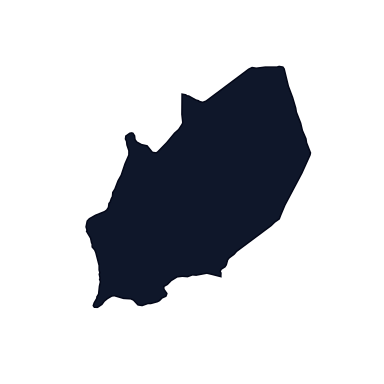 Sipacapa, San Marcos, Guatemala (Albers equal-area conic projection), rotated 325°
{"feature_id": "79465075B25557085984198", "entity_name": "Sipacapa", "entity_type": "district", "adm_level": 2, "iso_a3": "GTM", "parent_name": "Guatemala", "parent_adm1": "San Marcos", "projection": "albers", "projection_center": [-91.681, 15.195], "detail": "fine", "context": "isolated", "style": "filled", "palette": "ink", "viewbox_px": 384, "rotation_deg": 325, "n_neighbors": 0, "source": "geoboundaries", "source_scale": "gbopen_adm2", "svg_char_len": 1764}
<svg xmlns="http://www.w3.org/2000/svg" viewBox="0 0 384 384"><g transform="rotate(325 192 192)"><path d="M260.6,256.0L292.9,239.5L309.9,229.4L311.5,227.9L314.1,217.3L315.9,213.7L317.7,204.9L320.5,197.9L323.3,186.4L325.1,182.7L328.6,172.3L331.6,160.6L338.1,144.0L338.1,141.8L335.4,139.1L333.2,138.4L323.5,131.6L315.7,127.5L312.6,124.5L308.9,123.9L255.7,125.6L252.2,124.7L249.7,121.8L249.8,121.1L247.9,118.8L244.4,111.5L242.8,110.1L242.7,108.9L240.0,106.1L228.2,122.7L224.3,129.8L222.9,130.8L216.9,133.2L211.5,133.8L199.6,137.1L186.8,139.5L185.1,139.4L182.3,136.8L181.7,128.4L177.8,124.2L175.4,119.3L175.4,116.3L177.2,113.0L177.3,110.0L176.5,109.0L174.8,108.2L169.9,108.2L167.9,110.4L167.5,112.9L165.7,116.2L164.0,122.0L161.5,125.5L153.3,130.5L143.6,137.7L137.9,140.4L130.5,145.4L126.9,146.9L124.2,150.1L122.2,151.1L119.0,153.4L117.5,153.7L114.7,156.7L111.7,157.9L109.1,157.9L99.7,155.7L92.7,155.0L89.5,155.7L85.2,159.8L84.1,163.1L83.1,163.7L82.5,171.6L80.5,176.2L80.6,177.0L78.7,179.8L79.1,183.6L78.5,186.4L73.8,198.9L71.2,202.6L70.2,205.3L68.9,206.1L67.1,210.2L66.3,210.4L65.5,213.0L62.1,216.1L57.0,222.0L53.7,223.5L53.5,224.3L48.3,226.7L45.9,228.5L45.9,230.4L48.5,232.3L53.7,232.4L57.5,231.1L61.6,230.8L66.6,231.2L68.9,232.4L74.9,239.9L80.6,244.4L82.1,247.0L83.0,253.5L86.0,256.4L91.8,258.0L94.3,259.7L100.7,262.0L103.1,262.3L106.7,261.6L110.8,262.4L112.1,261.6L113.2,260.7L113.2,255.5L114.7,253.2L118.8,253.6L124.0,252.6L131.2,253.0L135.8,255.5L139.8,258.8L144.8,260.1L147.7,262.5L157.6,267.0L161.1,270.9L167.1,277.9L167.7,277.0L169.3,274.9L169.4,273.3L171.5,272.0L176.1,272.2L178.3,271.3L182.3,268.0L184.6,267.3L190.9,267.1L194.4,266.2L237.6,264.9L242.4,264.1L248.0,264.1L251.4,261.8L260.6,256.0Z" fill="#0f172a" stroke="#020617" stroke-width="1.5"/></g></svg>